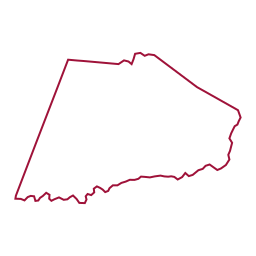 outline of Itatuba, Paraíba, Brazil
{"feature_id": "56859067B64331491901098", "entity_name": "Itatuba", "entity_type": "district", "adm_level": 2, "iso_a3": "BRA", "parent_name": "Brazil", "parent_adm1": "Paraíba", "projection": "orthographic", "projection_center": [-35.643, -7.404], "detail": "fine", "context": "isolated", "style": "outline", "palette": "rose", "viewbox_px": 256, "rotation_deg": 0, "n_neighbors": 0, "source": "geoboundaries", "source_scale": "gbopen_adm2", "svg_char_len": 1216}
<svg xmlns="http://www.w3.org/2000/svg" viewBox="0 0 256 256"><path d="M188.8,176.1L192.7,174.9L198.4,170.2L202.7,168.9L205.6,165.8L209.6,164.5L213.8,167.5L217.3,170.0L220.9,168.5L225.9,165.0L229.4,159.5L228.3,154.8L230.0,150.9L230.9,147.4L232.1,142.8L229.4,138.4L231.2,133.3L232.8,130.0L234.7,126.2L237.4,124.6L238.7,121.3L240.6,117.5L238.0,110.2L197.0,87.1L154.3,55.1L148.5,54.3L144.7,55.8L140.4,52.9L135.1,53.8L133.5,59.3L131.6,64.1L128.5,61.5L124.0,60.4L118.5,64.1L83.6,61.0L76.9,60.5L68.1,59.7L57.3,87.9L36.5,141.8L15.9,195.7L15.4,198.7L20.8,198.9L24.5,200.4L27.7,197.1L30.7,195.9L34.1,196.3L35.4,200.9L38.3,200.5L40.0,197.9L42.8,196.0L46.2,192.8L49.5,194.8L49.2,198.7L51.4,200.8L54.3,199.3L59.0,197.4L63.7,199.8L67.4,199.3L69.9,197.2L73.0,195.5L76.6,199.0L79.3,202.9L84.8,203.1L86.5,199.5L85.7,196.3L87.6,194.0L91.2,195.1L94.2,192.4L93.8,188.7L96.9,186.4L100.1,187.9L102.7,189.6L105.2,192.1L108.2,190.9L109.5,188.2L112.9,185.3L117.5,185.3L121.4,182.9L125.7,181.6L129.8,179.8L134.5,179.9L138.4,178.8L141.0,176.6L145.0,176.9L149.9,177.4L154.7,176.4L160.5,175.6L164.3,176.4L168.2,176.7L171.2,176.3L174.3,176.9L177.7,179.5L182.1,177.1L185.3,173.0L188.8,176.1Z" fill="none" stroke="#9f1239" stroke-width="2"/></svg>